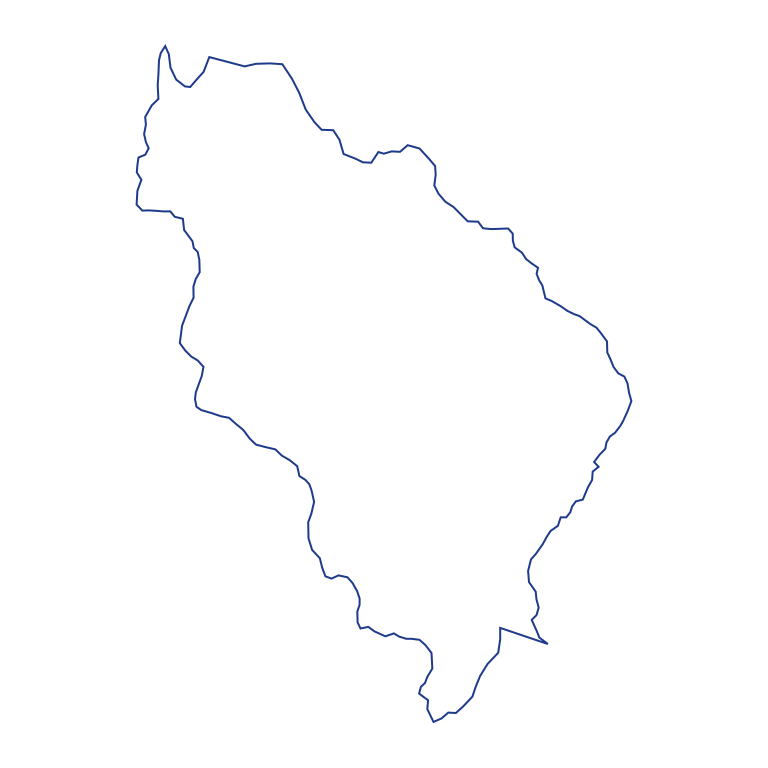 outline of São Miguel do Passa Quatro, Goiás, Brazil
{"feature_id": "56859067B51842796216373", "entity_name": "São Miguel do Passa Quatro", "entity_type": "district", "adm_level": 2, "iso_a3": "BRA", "parent_name": "Brazil", "parent_adm1": "Goiás", "projection": "robinson", "projection_center": [-48.669, -17.001], "detail": "fine", "context": "isolated", "style": "outline", "palette": "blue", "viewbox_px": 768, "rotation_deg": 0, "n_neighbors": 0, "source": "geoboundaries", "source_scale": "gbopen_adm2", "svg_char_len": 2758}
<svg xmlns="http://www.w3.org/2000/svg" viewBox="0 0 768 768"><path d="M433.5,721.9L441.6,718.4L448.3,712.6L455.9,713.0L463.4,706.2L472.4,696.6L475.8,686.5L480.1,676.0L487.6,663.9L498.2,652.8L500.2,639.2L500.2,627.9L547.8,644.0L539.4,637.6L536.5,630.5L531.7,619.9L536.5,615.1L538.7,607.7L536.5,599.5L535.7,591.7L529.0,582.1L528.1,570.9L531.0,559.4L536.0,553.7L542.7,544.2L546.9,536.6L550.6,530.9L557.9,525.8L560.7,517.3L566.3,517.3L570.3,512.2L572.1,506.5L575.8,501.4L582.8,499.6L587.9,487.4L592.1,480.0L592.7,471.6L598.6,466.8L594.1,462.0L599.4,454.9L605.3,448.8L606.5,442.4L609.9,436.5L615.1,432.7L620.3,425.9L623.2,420.8L627.8,410.7L631.4,401.1L629.1,393.0L627.5,383.4L624.4,376.6L618.2,373.3L613.5,366.9L610.4,359.1L607.3,352.5L607.0,341.4L600.6,332.8L596.4,327.6L590.4,324.1L585.1,320.2L579.6,316.1L574.2,314.2L567.4,310.9L561.0,306.4L551.5,300.9L545.5,298.4L543.8,291.6L542.4,285.5L539.3,280.6L536.6,273.9L538.0,267.8L531.8,263.5L526.1,259.1L521.9,252.6L514.7,247.4L512.9,241.0L512.7,233.6L508.1,228.5L491.6,229.1L483.0,228.3L478.1,221.7L467.7,221.3L453.6,207.1L445.2,201.6L438.5,193.7L434.3,185.5L435.7,174.6L435.1,166.0L429.0,158.8L419.5,148.5L407.7,145.2L400.0,151.8L391.6,151.4L383.8,153.7L378.4,152.0L371.3,162.7L362.9,162.3L355.3,158.6L343.6,154.0L339.4,139.6L333.2,130.2L321.6,129.8L314.4,122.1L305.7,109.5L299.2,92.8L291.9,78.6L282.3,64.2L270.0,63.4L256.0,63.8L244.7,66.4L238.6,64.8L209.3,57.1L203.6,71.9L198.9,77.0L190.2,87.0L184.9,86.4L176.2,79.6L170.5,67.7L168.8,54.1L165.2,46.1L160.7,53.2L159.0,60.3L158.4,74.8L157.7,85.4L158.4,98.9L151.8,105.3L145.2,117.0L145.9,124.7L144.1,134.1L145.9,142.1L148.7,148.3L145.3,154.7L138.5,157.5L137.4,165.0L136.8,172.4L141.4,179.8L137.4,190.8L136.6,204.6L142.3,210.6L148.9,210.4L155.6,210.8L163.3,211.4L170.3,211.4L174.8,216.8L182.9,218.8L184.1,230.0L192.5,241.3L193.8,248.1L197.7,251.9L199.3,259.7L199.7,272.2L195.8,278.9L193.4,286.7L193.6,297.6L189.3,306.4L186.0,315.3L182.1,325.6L179.8,343.1L185.2,350.5L191.3,356.6L197.8,360.5L203.5,366.9L201.7,376.2L199.2,383.0L195.8,392.4L195.0,399.2L196.5,406.8L201.3,410.1L211.3,413.0L221.1,416.3L229.0,417.8L235.7,423.7L243.4,430.1L249.8,438.7L256.0,444.6L265.5,447.1L275.4,449.4L281.8,455.6L289.9,460.3L297.2,466.2L299.4,476.1L305.3,479.8L309.3,484.2L311.6,490.6L314.1,501.9L311.3,513.9L308.2,522.2L308.5,538.3L312.1,549.9L319.8,558.2L322.3,568.0L325.4,576.3L331.5,578.6L338.5,575.4L347.5,577.3L352.6,583.1L357.1,591.1L359.6,598.5L359.6,604.7L357.3,611.7L357.6,622.4L360.5,628.5L368.3,626.9L374.5,631.4L385.4,636.3L393.9,633.4L399.2,636.6L406.2,638.8L411.5,638.8L419.4,639.8L425.4,645.0L431.5,653.0L432.0,662.0L432.3,668.6L427.3,676.9L425.0,683.0L420.9,686.8L419.1,693.6L428.1,700.3L427.3,709.1L433.5,721.9Z" fill="none" stroke="#1e3a8a" stroke-width="2"/></svg>